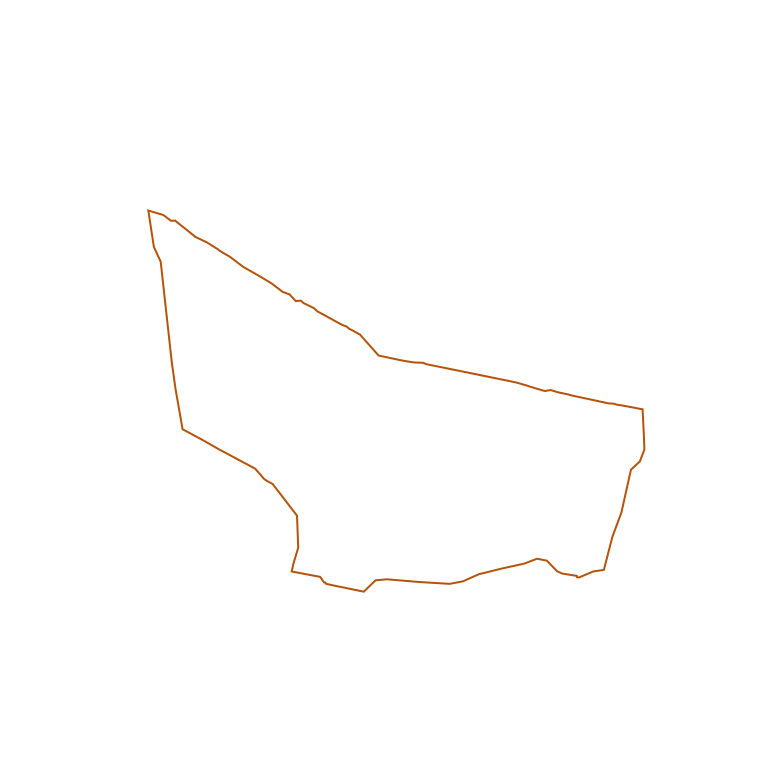 Al Buram, South Kordufan, Sudan, rotated 142°
{"feature_id": "16777658B98120028392417", "entity_name": "Al Buram", "entity_type": "district", "adm_level": 2, "iso_a3": "SDN", "parent_name": "Sudan", "parent_adm1": "South Kordufan", "projection": "equal_earth", "projection_center": [29.873, 10.592], "detail": "fine", "context": "isolated", "style": "outline", "palette": "amber", "viewbox_px": 768, "rotation_deg": 142, "n_neighbors": 0, "source": "geoboundaries", "source_scale": "gbopen_adm2", "svg_char_len": 2110}
<svg xmlns="http://www.w3.org/2000/svg" viewBox="0 0 768 768"><g transform="rotate(142 384 384)"><path d="M572.2,293.1L570.7,291.4L553.1,271.4L553.1,269.7L553.3,267.2L553.4,264.6L552.6,263.7L552.6,262.1L547.2,255.6L527.8,232.8L511.5,234.5L501.9,228.3L478.2,206.3L455.3,186.1L443.3,179.9L426.6,175.8L404.7,166.0L384.0,156.1L371.0,152.1L365.1,145.3L364.9,145.1L364.4,144.5L362.9,129.8L360.1,124.7L350.6,114.5L350.4,114.2L350.2,114.0L350.8,112.9L350.3,112.4L350.2,112.2L349.5,111.5L334.4,107.4L325.3,102.2L325.0,102.3L298.2,122.9L276.0,136.6L244.4,162.6L242.1,164.4L229.9,165.5L229.0,166.1L219.2,172.0L211.2,183.0L195.8,204.9L196.3,205.5L197.4,206.6L200.3,210.0L209.5,220.4L211.5,222.5L212.8,223.8L213.5,224.7L214.9,226.8L216.2,228.1L219.1,230.6L243.0,259.2L246.2,263.5L251.5,269.7L256.5,276.7L257.6,277.3L258.5,277.8L261.4,279.3L263.4,281.9L270.2,291.5L270.5,291.9L271.6,293.7L278.9,303.8L280.9,306.2L295.4,323.2L338.4,373.5L340.0,376.5L342.9,379.0L346.6,382.0L353.6,389.5L356.6,392.9L370.8,409.8L370.8,410.8L370.8,411.0L372.4,435.7L372.4,437.4L372.9,438.6L374.9,443.4L375.3,444.5L377.2,448.5L377.6,449.6L377.6,450.0L377.7,450.4L378.0,452.0L378.3,452.6L379.1,453.9L380.2,455.7L380.6,456.4L382.9,461.7L383.6,463.3L385.0,466.5L385.8,468.5L391.5,481.6L391.8,482.4L391.9,482.9L392.5,486.9L392.9,487.7L397.6,497.3L397.7,498.2L398.3,500.9L398.5,501.0L399.1,501.4L399.8,502.0L402.5,503.7L402.6,504.9L403.2,511.6L403.2,512.8L403.7,513.4L403.9,513.7L407.2,519.1L407.5,520.4L409.0,526.2L410.6,532.3L410.9,533.1L413.7,540.4L414.7,543.1L417.1,549.0L422.6,562.3L422.9,563.2L427.1,579.1L427.4,579.8L427.6,580.4L429.6,585.3L429.9,586.2L431.6,590.6L431.7,591.0L431.9,592.2L432.3,593.4L436.4,604.7L442.1,616.0L442.3,617.0L443.5,622.3L444.8,627.9L446.8,636.1L447.2,637.8L447.7,639.9L447.8,641.2L448.2,641.4L451.4,643.9L453.8,652.9L462.9,665.8L480.9,633.8L484.7,617.8L506.7,582.2L537.6,532.2L551.3,508.5L570.6,472.3L561.6,452.0L554.3,434.1L544.3,411.6L537.6,396.4L537.6,395.7L536.9,382.5L536.2,380.9L536.1,380.1L533.3,373.8L533.6,333.8L552.4,307.8L565.7,298.4L572.2,293.1Z" fill="none" stroke="#b45309" stroke-width="2"/></g></svg>